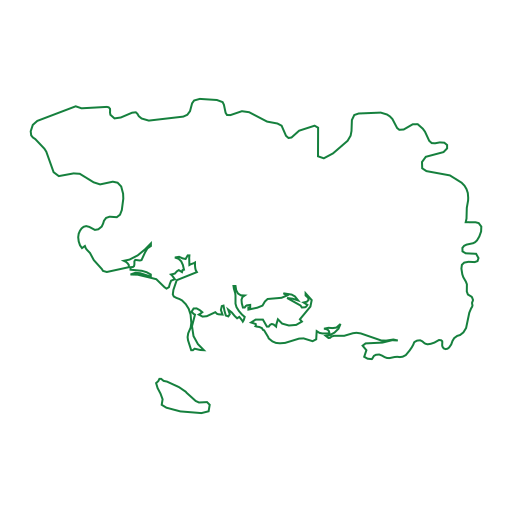 map outline of Morbihan (Equal Earth projection)
{"feature_id": "FRA-5327", "entity_name": "Morbihan", "entity_type": "Metropolitan department", "adm_level": 1, "iso_a3": "FRA", "parent_name": "France", "parent_adm1": "", "projection": "equal_earth", "projection_center": [-2.844, 47.752], "detail": "fine", "context": "isolated", "style": "outline", "palette": "green", "viewbox_px": 512, "rotation_deg": 0, "n_neighbors": 0, "source": "natural_earth", "source_scale": "10m", "svg_char_len": 5807}
<svg xmlns="http://www.w3.org/2000/svg" viewBox="0 0 512 512"><path d="M371.7,359.1L367.6,358.7L364.2,356.8L366.4,350.2L362.6,345.7L365.6,343.4L382.4,342.6L392.2,340.2L397.8,340.5L393.4,339.5L386.2,340.6L381.3,340.5L360.7,333.4L356.5,332.8L353.0,333.2L344.2,335.8L334.1,335.8L331.6,336.5L330.1,337.8L328.5,338.0L325.7,335.8L329.7,335.2L334.5,332.6L338.5,328.7L340.5,324.0L336.4,327.6L332.5,328.1L328.6,327.8L324.0,328.7L326.2,329.1L327.8,329.8L328.9,331.1L329.5,333.4L322.7,333.5L319.5,332.9L316.7,331.1L316.2,339.3L312.6,341.2L303.6,338.4L299.1,338.6L285.1,342.9L279.9,343.3L275.9,342.9L272.4,341.4L268.7,338.4L268.2,337.1L264.1,330.3L263.0,329.9L261.9,328.1L259.4,327.0L256.3,326.5L255.5,326.2L255.9,325.7L255.7,324.0L251.1,322.5L255.6,319.6L262.9,319.6L266.9,326.6L268.7,326.6L270.2,324.7L271.8,324.0L273.6,324.5L276.1,326.6L276.4,324.3L277.9,319.3L282.1,323.6L288.9,325.5L296.2,324.9L301.9,321.6L299.9,319.3L310.4,306.6L311.7,300.1L305.6,293.3L305.6,295.5L308.2,297.8L308.5,300.0L306.9,301.7L303.6,302.5L307.4,304.9L306.2,306.6L305.0,307.3L301.9,307.5L300.5,305.5L287.1,298.0L292.7,298.7L298.1,300.4L294.9,296.4L291.7,294.6L283.4,293.3L287.1,295.5L281.5,297.8L267.6,299.0L264.9,301.5L262.5,305.6L257.3,307.7L248.4,309.6L248.4,307.5L250.2,307.5L250.2,304.9L246.7,305.4L245.8,306.0L244.7,307.5L242.9,307.5L241.8,303.3L241.5,299.8L242.4,297.1L244.7,295.5L240.8,295.3L238.0,293.5L236.2,290.3L235.5,286.0L233.5,286.0L233.9,288.7L235.2,293.1L235.5,295.5L235.5,303.7L236.5,307.2L238.9,311.0L241.9,314.5L244.7,316.9L244.0,319.3L243.6,320.3L242.8,321.6L242.1,320.4L239.3,316.9L237.1,318.3L234.7,316.0L231.8,312.5L228.2,309.6L229.8,314.2L228.3,316.4L225.8,315.5L224.5,310.9L223.5,305.6L221.8,306.1L220.9,310.0L222.5,314.6L218.6,314.3L217.1,313.9L215.3,312.2L206.8,316.2L202.6,316.6L198.8,314.6L200.5,313.6L202.3,312.2L199.7,310.1L196.6,308.4L193.6,308.5L191.3,312.2L192.5,312.7L193.6,313.9L195.0,314.6L192.0,326.2L193.5,336.1L197.9,344.1L203.9,350.2L200.3,350.0L194.6,348.7L192.9,350.2L191.2,350.2L188.0,340.2L187.6,337.1L188.2,333.3L190.7,327.5L191.3,322.8L190.6,314.7L188.7,308.8L185.8,304.2L182.0,300.4L179.4,299.0L176.4,297.9L173.8,296.5L172.8,294.4L173.4,289.9L176.7,280.2L196.9,272.1L195.8,270.3L195.3,268.4L195.0,265.9L195.0,262.5L193.8,263.2L190.6,264.3L189.4,265.0L189.2,257.7L189.4,255.4L187.7,255.4L185.6,259.0L182.7,258.4L179.1,256.8L174.9,257.5L178.6,258.8L181.2,261.3L182.9,265.0L184.0,269.7L182.7,270.0L182.4,270.3L182.4,270.8L182.0,272.1L178.8,270.1L176.9,271.3L174.8,273.6L171.0,274.5L172.1,275.5L174.8,279.2L171.1,280.7L169.8,284.0L168.9,287.2L166.5,288.6L164.5,287.2L156.3,279.2L149.5,277.5L137.7,274.7L130.5,274.5L135.3,272.8L140.1,273.2L150.8,276.6L150.8,274.5L146.6,272.2L141.8,270.8L130.5,269.7L130.5,267.2L132.9,267.0L134.0,266.2L134.4,264.5L134.4,261.3L135.3,259.9L139.9,260.5L141.5,260.1L145.0,252.5L147.4,248.4L150.9,246.0L150.9,243.4L145.0,249.4L137.7,255.4L129.5,259.6L123.8,260.8L125.9,261.8L127.6,263.3L128.8,265.0L128.8,267.2L106.8,272.0L103.0,270.9L101.8,269.0L93.8,260.1L90.0,253.0L87.1,250.0L85.9,248.5L84.9,246.0L82.0,248.1L80.0,245.3L78.7,241.4L78.2,237.2L78.7,233.7L80.0,230.7L81.6,228.4L83.6,226.8L86.2,226.1L89.3,226.9L94.9,229.9L98.3,229.3L101.7,226.6L103.1,223.6L104.0,220.7L106.1,217.9L109.6,216.7L116.8,217.2L120.0,214.7L121.8,210.1L123.3,198.7L123.1,193.7L121.2,186.5L117.6,182.7L112.8,181.7L100.1,184.4L93.6,182.3L79.8,173.8L73.6,173.4L58.8,176.1L53.6,172.2L46.3,151.7L44.4,148.7L35.3,139.1L32.9,137.5L31.2,135.4L30.7,131.3L32.8,124.9L37.3,120.9L75.7,106.3L81.5,108.3L106.8,106.9L108.7,107.3L110.0,108.8L110.1,110.6L110.0,112.5L110.4,114.8L114.5,118.4L120.8,117.5L132.1,112.7L135.8,112.3L137.4,113.8L138.8,116.2L141.6,118.5L148.8,120.6L183.3,116.6L187.3,114.8L190.0,111.2L192.1,103.3L194.1,100.5L199.8,98.9L216.9,100.0L222.6,102.1L223.9,104.7L225.6,112.8L227.0,115.0L230.4,115.1L241.9,111.2L249.1,112.2L267.1,121.6L277.4,123.5L281.6,125.7L286.0,135.8L288.5,138.0L291.5,137.5L299.1,130.7L314.6,125.7L318.1,127.7L318.0,156.3L323.8,158.3L333.0,153.4L347.6,140.8L350.6,135.7L351.5,131.0L351.9,120.0L354.3,115.0L358.7,113.5L380.7,112.6L387.0,114.5L389.9,116.4L392.4,119.0L397.1,128.0L399.3,129.8L403.7,129.5L412.7,124.3L417.7,124.2L422.8,128.7L425.0,131.7L429.2,140.8L431.7,143.1L435.0,143.3L439.8,142.4L444.3,142.7L447.1,145.0L447.1,148.4L443.5,152.1L425.8,156.8L422.0,162.0L422.2,168.3L426.4,171.1L449.9,175.4L461.6,182.7L464.5,185.7L466.5,189.1L467.8,193.0L468.2,197.8L468.1,200.5L466.8,207.8L466.5,218.6L465.7,222.2L475.7,222.3L478.7,223.1L481.3,226.6L481.1,231.5L479.3,236.5L477.0,240.4L475.1,242.2L473.2,243.2L466.6,244.6L464.1,245.8L462.4,247.9L462.5,251.4L465.7,253.3L476.1,253.8L478.5,258.1L477.5,261.1L474.7,262.1L468.5,261.8L464.2,262.6L461.9,264.8L461.4,268.6L462.3,274.3L463.3,277.2L465.9,281.7L466.9,284.3L466.8,291.5L467.9,294.5L471.7,296.8L472.3,298.0L473.0,300.0L472.7,301.1L472.1,302.5L472.1,303.8L472.5,305.3L472.1,306.8L471.1,308.4L469.3,312.7L466.1,328.0L463.4,332.4L460.1,335.0L457.2,335.9L454.2,338.1L452.5,340.9L451.2,344.5L449.1,347.5L447.5,348.7L445.5,349.1L443.7,348.4L442.6,346.9L442.2,345.7L442.2,344.2L442.3,342.1L442.2,341.2L441.2,340.3L439.0,340.0L434.4,342.6L430.8,343.8L427.6,344.3L425.3,343.7L424.1,342.9L423.5,342.4L423.0,341.9L421.9,341.1L420.1,340.3L417.1,340.6L415.2,341.6L414.4,342.1L414.1,342.5L413.3,344.6L411.8,347.3L409.6,350.5L405.8,355.1L402.7,356.7L399.9,357.1L397.3,356.8L394.7,357.0L389.5,358.1L387.0,358.0L384.6,357.1L382.0,355.6L379.2,354.5L375.9,354.8L373.9,355.9L372.1,358.9L371.8,359.0L371.7,359.1ZM195.7,401.0L199.0,402.5L207.0,402.1L209.7,404.8L208.6,411.3L201.4,413.1L180.3,411.4L166.4,407.7L161.7,404.8L162.6,399.3L160.5,393.6L157.6,388.1L156.1,383.1L158.3,381.1L159.4,378.9L161.2,378.9L163.6,380.9L167.0,381.6L179.1,387.2L185.8,391.8L186.5,392.7L195.7,401.0Z" fill="none" stroke="#15803d" stroke-width="2"/></svg>